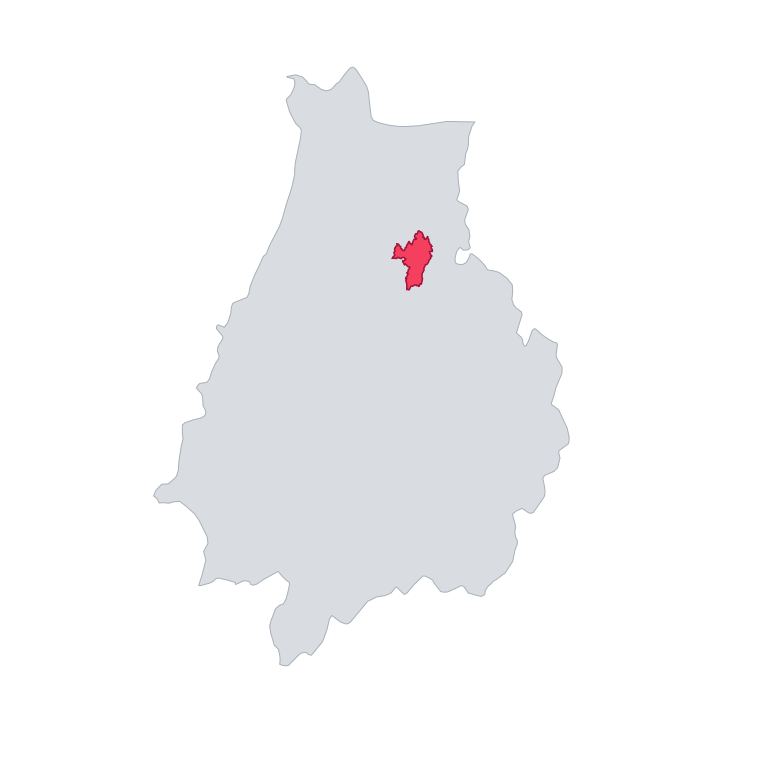 Novogrudok, Grodno, Belarus (highlighted), rotated 105°
{"feature_id": "67162791B21439902878143", "entity_name": "Novogrudok", "entity_type": "district", "adm_level": 2, "iso_a3": "BLR", "parent_name": "Belarus", "parent_adm1": "Grodno", "projection": "robinson", "projection_center": [25.854, 53.617], "detail": "fine", "context": "in_parent", "style": "filled", "palette": "rose", "viewbox_px": 768, "rotation_deg": 105, "n_neighbors": 0, "source": "geoboundaries", "source_scale": "gbopen_adm2", "svg_char_len": 7823}
<svg xmlns="http://www.w3.org/2000/svg" viewBox="0 0 768 768"><g transform="rotate(105 384 384)"><path d="M626.6,510.8L614.6,510.3L600.3,510.5L592.4,514.9L583.6,512.8L577.4,515.2L563.6,527.3L558.2,533.7L553.2,543.7L550.2,551.1L552.1,556.3L554.9,561.1L555.7,566.3L557.1,570.4L553.7,573.3L551.7,577.6L545.7,576.8L538.2,572.7L536.5,566.8L530.7,562.7L527.0,560.6L520.8,560.3L511.1,562.2L498.3,563.6L488.6,564.0L483.4,566.1L475.6,568.2L472.5,565.8L468.1,559.1L464.4,552.4L461.9,549.5L459.7,548.6L457.1,548.8L454.2,550.9L452.0,553.1L443.9,555.6L440.4,558.0L436.6,564.1L434.0,563.7L431.3,562.3L428.1,555.4L423.8,553.8L417.0,553.7L408.6,552.3L401.7,550.2L399.3,550.7L395.2,553.6L390.8,554.0L381.2,551.4L379.3,552.6L373.9,560.2L371.3,560.6L369.8,559.6L370.5,553.0L364.9,550.7L355.5,550.3L348.9,551.3L345.6,551.0L344.0,549.8L335.8,538.7L331.5,538.0L323.8,538.5L312.5,537.2L299.5,534.7L292.3,533.8L288.6,531.3L280.5,530.5L259.0,525.8L250.2,525.0L237.2,524.9L217.5,523.9L204.8,524.5L199.0,526.0L192.2,527.0L168.8,528.2L160.3,529.5L157.9,531.8L155.1,536.9L145.4,545.7L135.9,551.5L134.2,552.0L128.7,548.9L124.1,547.9L118.8,547.5L115.0,548.5L112.5,550.0L112.8,556.8L112.2,557.4L108.2,549.3L108.6,542.0L111.0,537.9L113.8,534.1L112.8,528.5L115.6,521.1L115.8,515.7L114.6,513.4L112.4,510.7L106.4,507.7L103.7,505.4L95.5,502.3L87.4,498.4L86.0,496.0L86.4,494.4L87.9,491.9L94.3,484.7L101.1,477.7L105.5,474.9L128.5,465.9L132.1,462.7L133.0,457.4L132.8,446.7L131.5,436.9L129.8,430.1L125.6,417.4L114.1,391.2L107.4,364.1L112.0,365.7L122.8,366.3L131.5,364.4L135.9,364.1L139.9,364.7L151.3,363.2L154.1,365.6L159.1,367.8L169.1,364.7L177.9,360.9L187.1,361.3L188.4,359.4L190.7,349.8L193.5,347.7L204.4,348.6L208.5,346.9L212.7,342.1L219.2,339.2L224.5,339.2L230.2,335.9L232.9,338.1L234.2,342.1L232.4,345.3L233.2,346.5L237.1,348.1L243.7,348.0L248.0,346.7L249.0,344.9L249.0,341.6L247.9,338.5L245.1,335.9L239.8,334.5L236.1,334.4L235.5,332.8L236.8,329.2L240.0,322.5L244.0,316.5L246.5,314.2L246.9,312.1L246.4,308.5L246.4,301.9L250.0,292.7L254.8,285.9L261.3,283.6L269.2,282.4L274.2,279.2L276.7,275.5L278.9,269.8L281.4,268.6L300.4,269.3L303.3,263.6L304.9,262.0L308.6,260.3L311.1,258.2L310.1,256.6L305.3,255.6L293.8,254.7L291.5,252.8L292.2,250.5L295.3,244.6L298.1,237.0L299.6,231.1L299.7,227.6L301.4,226.6L310.6,225.5L313.7,224.3L321.7,216.3L327.7,214.9L343.4,217.0L350.6,216.8L359.8,217.4L360.6,216.6L363.7,208.6L379.0,195.8L387.2,191.4L392.4,190.4L394.3,190.6L402.7,197.4L404.7,197.7L410.1,194.8L419.7,194.6L424.2,197.0L430.7,205.2L434.0,206.2L443.2,201.6L448.4,200.1L451.8,200.1L469.5,206.5L470.8,208.6L471.0,211.0L468.4,218.5L472.2,223.1L476.5,226.3L485.4,221.1L488.7,219.6L492.3,219.6L497.2,217.7L500.6,214.8L504.0,213.8L510.5,214.5L522.1,213.8L535.9,218.3L537.1,219.7L544.0,225.0L546.5,227.7L548.8,228.5L552.5,231.1L557.4,232.7L560.8,232.2L562.4,233.1L564.0,235.1L564.2,238.6L564.1,248.6L559.4,253.8L558.8,255.6L559.1,257.8L563.1,262.1L568.4,268.7L569.7,272.6L569.8,275.5L563.2,284.2L561.0,286.2L559.6,290.5L558.9,294.9L559.4,296.7L571.1,303.7L579.6,307.5L581.6,309.3L581.8,310.5L577.5,318.0L577.2,320.0L584.1,323.1L588.0,328.0L591.6,336.0L598.3,343.6L622.7,354.8L624.9,356.8L625.7,359.2L625.2,364.4L621.1,374.4L625.3,375.9L635.9,375.5L648.9,376.7L664.7,383.8L664.9,386.9L663.4,389.8L664.6,392.8L666.4,395.4L680.2,403.3L681.6,405.6L682.0,409.4L681.7,412.2L678.0,412.8L673.9,414.1L667.3,417.5L664.8,422.3L654.1,428.8L647.4,431.8L642.0,431.9L629.1,430.6L624.5,427.4L622.5,424.4L617.5,423.0L610.9,422.9L601.9,423.4L600.1,424.3L598.7,428.0L595.0,434.2L592.4,437.7L604.3,450.1L610.3,455.2L612.2,458.3L612.2,460.5L609.6,463.1L610.2,468.4L616.0,475.3L614.2,476.4L613.9,484.9L614.3,494.0L615.9,496.2L619.0,498.0L621.7,501.3L626.2,508.9L626.6,510.8Z" fill="#d9dde1" stroke="#a8b0b8" stroke-width="1"/><path d="M238.6,373.4L238.0,373.9L237.5,374.4L237.4,375.0L237.3,375.6L236.7,376.1L236.0,376.3L235.6,376.6L235.2,377.1L235.1,377.5L234.7,377.6L234.0,377.7L232.7,378.2L232.4,378.6L232.1,379.1L231.6,379.5L231.0,379.6L230.4,379.8L230.4,380.2L231.4,380.4L232.0,380.4L232.2,380.7L232.8,380.9L233.4,381.0L233.5,381.7L233.7,382.1L233.4,382.5L232.8,382.7L232.0,383.0L232.3,383.6L232.4,383.9L232.4,384.2L232.2,384.5L231.7,384.5L231.0,384.4L230.5,384.5L230.2,384.7L229.8,384.9L229.2,385.4L228.4,386.1L227.9,386.7L227.7,387.0L227.6,387.8L227.7,388.4L227.2,389.1L227.0,389.9L227.5,390.6L228.8,390.7L230.0,390.7L230.6,391.0L230.5,391.9L230.8,392.3L232.3,392.7L233.8,392.7L234.5,392.2L234.7,391.3L234.8,390.5L235.3,390.3L236.0,390.5L236.2,391.2L236.2,391.8L236.5,392.4L237.3,392.7L238.8,392.9L240.4,392.9L241.3,392.8L242.1,392.9L242.4,393.4L242.2,393.7L241.5,394.1L241.3,394.6L241.5,395.2L241.2,395.7L240.4,396.0L240.0,396.2L239.9,396.7L240.7,397.1L241.6,397.2L242.3,397.3L242.7,397.3L243.1,397.6L243.6,397.9L244.5,397.9L245.0,397.9L245.7,397.8L246.2,398.0L246.5,398.2L246.7,398.7L247.7,398.7L248.6,398.7L249.3,398.8L249.9,399.0L250.1,399.3L249.8,399.5L249.8,400.0L250.0,400.3L250.1,400.7L249.8,401.3L249.3,401.5L248.9,401.6L248.7,402.2L248.7,402.6L248.6,403.0L248.3,403.2L247.6,403.3L247.0,403.3L246.8,403.7L246.8,404.0L246.8,404.4L246.5,405.0L245.8,405.5L245.3,405.9L245.1,406.5L245.2,407.2L245.3,407.9L245.9,407.6L246.3,407.3L247.2,407.3L247.6,407.7L247.9,408.2L248.6,408.3L249.3,408.4L249.6,408.6L250.3,408.8L250.9,408.7L251.5,408.5L252.0,408.2L252.8,407.9L253.5,408.0L254.0,408.4L254.5,408.5L254.8,408.3L255.3,408.0L256.2,407.3L256.9,406.9L257.8,407.5L258.7,408.1L259.7,408.4L260.4,408.6L260.3,407.7L259.9,406.9L259.7,406.3L259.5,405.9L259.5,405.4L259.8,405.0L259.7,404.7L259.2,404.1L258.2,403.5L257.9,403.1L258.1,402.5L258.4,402.1L258.4,401.7L258.4,401.2L258.5,400.0L258.1,399.6L257.7,399.5L257.2,399.1L256.8,398.4L256.5,397.7L256.8,397.1L257.3,396.7L257.6,396.3L257.6,396.0L257.5,395.4L258.1,395.3L258.7,395.5L259.1,396.0L259.8,396.6L260.2,397.2L260.1,397.4L260.0,397.7L260.4,397.8L261.0,397.6L261.5,397.1L261.9,396.7L262.6,396.0L263.2,395.5L263.6,395.0L263.3,394.7L262.7,394.4L262.8,393.9L263.2,393.2L263.6,392.5L264.2,391.8L264.4,391.3L264.6,390.6L264.5,390.0L264.3,389.7L264.5,389.4L265.3,389.3L265.9,389.3L266.5,389.6L266.9,390.0L267.2,390.1L267.9,390.0L268.6,389.9L269.5,390.0L269.9,390.2L270.3,390.6L270.9,390.6L271.2,390.2L271.1,389.7L271.2,389.3L271.9,389.4L272.8,389.5L273.7,389.6L274.5,389.9L275.0,390.2L276.0,390.5L276.6,390.4L276.6,389.9L276.5,389.4L277.0,389.4L277.5,389.6L278.5,389.7L279.4,389.1L280.5,388.4L281.7,387.8L283.2,387.4L284.4,387.1L285.4,386.8L286.0,386.7L286.6,386.4L286.4,386.3L286.2,385.7L286.6,385.3L286.6,384.8L286.6,384.3L286.1,383.9L285.1,383.8L283.9,383.6L283.0,383.4L282.4,382.9L282.3,382.3L282.2,381.7L281.8,381.6L281.2,380.6L280.7,380.2L280.3,379.3L280.1,378.5L280.5,378.2L280.5,377.6L280.1,377.2L280.2,376.7L280.3,376.4L280.7,376.0L280.6,375.5L280.1,375.2L279.2,375.2L278.7,375.3L277.9,375.1L278.0,374.6L277.9,374.0L277.8,373.8L276.5,373.8L275.7,373.8L274.9,373.9L274.2,373.9L273.5,373.9L272.8,374.0L272.1,374.2L271.7,374.4L271.1,374.6L270.7,374.9L270.4,375.1L270.1,375.4L269.6,375.4L268.5,375.5L268.1,375.6L267.6,375.6L267.1,375.7L266.4,375.5L265.9,375.3L265.4,375.1L264.9,375.1L264.4,375.0L263.5,374.8L262.9,375.0L262.6,375.2L262.1,375.5L261.7,375.6L261.1,375.4L260.7,375.1L260.3,375.0L259.9,375.1L259.5,375.1L258.8,374.9L258.5,374.9L258.0,374.7L257.8,374.3L257.6,373.9L257.2,373.4L256.8,373.3L256.4,373.1L255.8,372.9L255.2,372.7L254.3,372.5L253.6,372.5L252.6,372.4L252.0,372.3L251.4,371.9L250.9,371.5L250.1,371.4L249.7,371.6L249.2,371.9L248.8,371.9L248.6,371.7L248.4,371.1L248.1,370.9L247.7,371.1L247.4,371.8L247.1,372.2L246.8,372.6L246.3,372.9L245.9,373.0L245.6,373.3L245.6,373.6L245.1,374.1L244.5,374.3L244.1,374.1L243.8,373.6L243.6,373.0L243.7,372.5L243.7,372.0L243.3,371.6L242.4,371.8L241.8,372.2L241.2,372.6L240.8,373.0L240.5,373.6L239.5,373.9L238.7,373.7L238.6,373.4Z" fill="#f43f5e" stroke="#9f1239" stroke-width="1.5"/></g></svg>